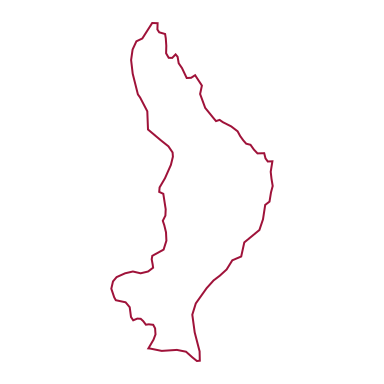 Mbrès, Nana-Grébizi, Central African Republic
{"feature_id": "33826404B55944816658840", "entity_name": "Mbrès", "entity_type": "district", "adm_level": 2, "iso_a3": "CAF", "parent_name": "Central African Republic", "parent_adm1": "Nana-Grébizi", "projection": "robinson", "projection_center": [19.821, 6.988], "detail": "fine", "context": "isolated", "style": "outline", "palette": "rose", "viewbox_px": 384, "rotation_deg": 0, "n_neighbors": 0, "source": "geoboundaries", "source_scale": "gbopen_adm2", "svg_char_len": 1492}
<svg xmlns="http://www.w3.org/2000/svg" viewBox="0 0 384 384"><path d="M152.2,23.0L142.3,38.5L136.4,41.3L132.6,49.5L131.1,60.0L132.7,73.7L137.9,94.4L140.1,97.5L147.3,111.3L148.0,129.5L160.7,140.2L168.4,146.3L172.6,152.5L172.9,156.7L170.9,164.9L165.0,178.2L162.6,182.3L159.6,187.4L159.2,191.9L163.3,193.8L165.7,209.3L165.4,215.6L162.8,220.8L164.3,225.3L166.0,232.3L166.4,240.7L163.6,249.6L152.3,255.8L151.7,259.3L152.7,264.7L153.1,267.7L148.1,271.5L140.6,273.3L132.9,271.5L125.1,273.3L116.6,277.1L113.0,281.4L111.3,288.7L114.2,297.3L115.8,300.2L125.6,302.3L129.7,307.2L131.0,317.0L133.2,320.3L137.3,318.6L140.7,318.8L143.2,321.1L145.9,324.7L148.7,324.3L153.2,324.8L155.1,328.4L155.5,334.4L153.5,339.7L148.4,348.4L150.4,348.6L161.7,350.9L176.9,349.9L186.0,351.7L192.3,357.3L196.9,361.0L199.8,360.7L199.6,351.4L194.7,332.4L192.3,314.7L195.8,303.4L206.6,288.2L213.6,280.4L219.8,275.7L226.6,269.5L232.3,260.3L241.2,256.5L244.3,242.4L259.4,230.0L263.0,219.3L265.2,204.9L269.5,201.6L271.0,192.4L272.7,186.0L271.5,178.8L270.7,171.8L272.4,161.3L267.8,161.5L265.5,158.4L264.2,153.2L257.5,153.4L253.9,149.6L250.5,144.8L246.2,143.7L243.3,140.4L240.2,136.1L237.6,131.3L231.2,126.4L222.9,122.2L219.6,119.9L216.0,121.1L213.0,117.5L205.2,107.9L200.1,94.0L201.9,85.6L195.1,75.2L191.1,77.8L186.7,78.0L182.0,68.1L178.7,63.3L177.6,56.8L175.6,54.4L172.2,57.9L168.7,57.8L166.1,53.3L166.3,45.9L165.8,38.4L165.1,34.0L159.2,32.3L157.4,29.5L157.6,23.2L152.2,23.0Z" fill="none" stroke="#9f1239" stroke-width="2"/></svg>